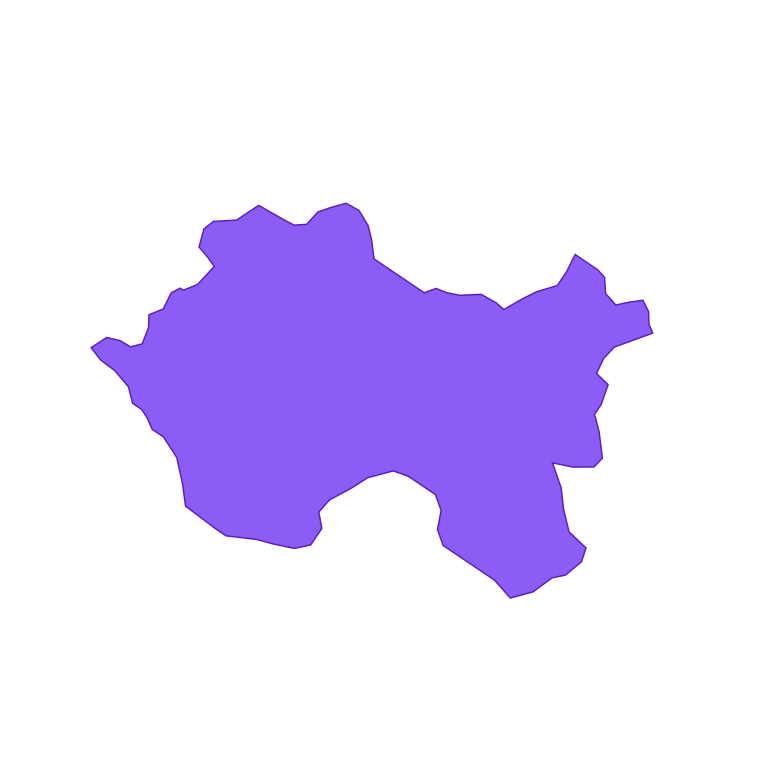 Gongju-si, South Chungcheong, South Korea (Robinson projection), rotated 304°
{"feature_id": "91817680B8449507929864", "entity_name": "Gongju-si", "entity_type": "district", "adm_level": 2, "iso_a3": "KOR", "parent_name": "South Korea", "parent_adm1": "South Chungcheong", "projection": "robinson", "projection_center": [127.087, 36.473], "detail": "fine", "context": "isolated", "style": "filled", "palette": "violet", "viewbox_px": 768, "rotation_deg": 304, "n_neighbors": 0, "source": "geoboundaries", "source_scale": "gbopen_adm2", "svg_char_len": 1491}
<svg xmlns="http://www.w3.org/2000/svg" viewBox="0 0 768 768"><g transform="rotate(304 384 384)"><path d="M598.2,470.1L579.0,472.6L562.5,472.6L545.9,459.0L530.6,450.4L512.7,441.7L514.0,431.8L512.7,414.5L499.9,397.2L494.8,384.9L492.3,373.7L482.1,366.3L482.1,351.5L482.1,325.6L482.1,305.8L496.1,293.5L506.3,282.4L513.9,266.3L512.6,251.5L501.2,241.7L489.7,233.0L473.1,230.6L465.5,220.7L464.2,209.6L462.0,180.2L437.4,170.1L423.4,151.7L411.9,148.0L394.1,154.1L390.3,167.7L386.5,177.5L362.3,173.8L349.5,165.2L349.5,161.5L340.6,156.6L322.8,159.1L310.0,150.4L299.2,157.2L282.1,161.1L273.1,153.2L272.3,140.6L267.4,128.0L252.8,121.9L250.3,120.9L245.4,135.9L244.6,153.2L238.8,173.7L227.4,186.4L227.4,197.4L223.3,206.9L216.8,217.1L216.8,230.6L211.9,242.4L207.0,253.5L188.2,273.2L182.4,278.3L171.8,287.8L169.8,326.4L169.8,337.9L183.7,364.9L189.7,382.3L197.6,401.6L209.6,413.2L229.5,413.2L241.4,401.6L257.4,403.6L279.3,415.1L297.2,422.9L317.1,440.2L321.1,455.7L321.1,471.1L321.1,488.5L311.1,502.1L293.2,509.8L283.2,523.3L283.2,546.5L283.2,563.9L283.2,569.8L283.2,585.2L277.2,608.4L295.2,623.9L317.1,631.6L327.1,641.3L347.0,647.1L361.0,643.2L364.9,620.0L380.9,602.6L396.8,589.1L412.8,567.8L420.8,587.1L432.7,604.5L444.7,606.5L464.6,589.1L476.6,575.5L488.5,575.5L505.5,571.0L508.8,570.1L511.5,554.3L528.1,551.8L543.4,554.3L576.5,578.3L581.7,570.3L591.9,562.9L598.2,551.8L589.3,541.9L579.1,532.0L582.9,517.1L595.7,507.2L598.2,497.3L598.2,470.1Z" fill="#8b5cf6" stroke="#5b21b6" stroke-width="1.5"/></g></svg>